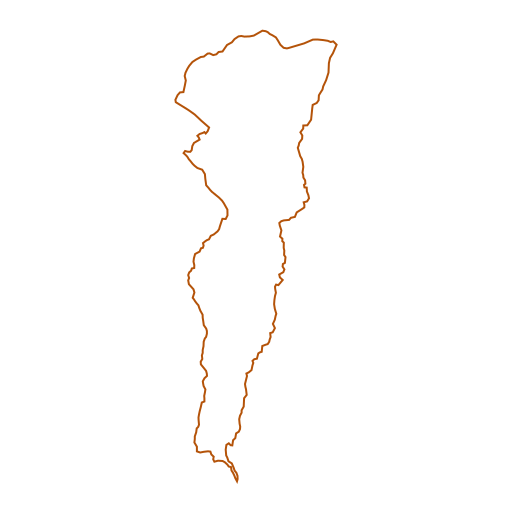 Hulha Negra, Rio Grande do Sul, Brazil (Equal Earth projection)
{"feature_id": "56859067B48560466087967", "entity_name": "Hulha Negra", "entity_type": "district", "adm_level": 2, "iso_a3": "BRA", "parent_name": "Brazil", "parent_adm1": "Rio Grande do Sul", "projection": "equal_earth", "projection_center": [-53.901, -31.514], "detail": "fine", "context": "isolated", "style": "outline", "palette": "amber", "viewbox_px": 512, "rotation_deg": 0, "n_neighbors": 0, "source": "geoboundaries", "source_scale": "gbopen_adm2", "svg_char_len": 3957}
<svg xmlns="http://www.w3.org/2000/svg" viewBox="0 0 512 512"><path d="M195.1,254.0L193.9,258.3L193.5,261.7L194.3,265.1L194.2,268.0L191.8,268.5L191.1,270.7L189.2,272.4L188.2,275.1L189.1,278.0L188.2,280.4L188.9,284.2L193.5,289.3L194.4,292.5L192.7,297.8L193.9,299.3L195.0,301.1L196.8,303.5L198.4,305.3L199.2,307.8L200.4,310.8L202.6,314.7L202.7,317.7L203.2,320.9L203.8,325.2L206.2,328.6L206.9,331.0L206.9,333.7L206.1,336.9L204.8,338.5L203.7,341.7L203.5,346.3L202.7,350.0L202.7,352.9L201.9,355.4L202.3,359.0L200.7,361.7L200.9,364.4L202.2,366.0L203.9,368.1L206.1,370.9L206.8,373.5L207.0,375.9L204.5,378.2L202.8,381.3L203.1,383.4L203.6,386.0L205.4,389.4L204.9,392.6L204.2,395.9L204.4,398.3L204.4,401.5L201.8,402.5L200.8,407.0L199.7,411.2L199.1,414.0L198.5,417.4L198.6,420.1L199.0,424.7L198.2,426.9L196.7,428.4L196.2,432.3L194.8,436.4L194.8,439.0L194.4,442.5L196.9,446.7L196.9,451.4L200.2,452.5L203.8,451.8L208.0,451.3L210.4,451.6L211.3,454.4L213.7,456.7L213.2,459.3L214.4,461.7L218.0,460.7L222.6,461.0L224.8,462.2L227.4,464.6L228.7,466.5L231.0,467.1L231.5,470.5L233.0,472.8L234.3,475.5L235.3,478.1L237.0,481.3L237.6,479.1L237.5,475.9L236.4,472.8L234.6,470.6L233.6,467.6L231.8,463.4L228.5,461.3L227.2,457.4L226.2,455.5L225.7,449.6L226.4,444.9L228.8,443.3L230.6,445.2L232.3,445.4L233.1,440.2L235.3,438.1L236.1,433.4L238.8,431.7L240.0,429.1L240.2,426.6L239.6,423.7L239.2,419.2L240.0,415.7L241.6,412.7L241.6,410.3L243.7,406.6L244.1,398.2L246.7,394.9L246.0,389.2L245.4,386.8L245.0,384.0L247.0,376.0L246.4,373.5L248.7,372.4L251.5,370.1L252.5,365.3L253.3,362.9L252.5,360.9L254.3,359.2L256.9,358.7L258.3,353.4L259.8,352.4L261.7,351.8L262.3,346.0L265.4,344.8L267.7,344.1L269.2,341.8L269.7,339.5L270.6,337.0L270.2,333.1L272.7,332.3L274.9,328.1L272.9,323.9L274.8,319.7L275.6,315.9L276.3,313.8L274.8,308.7L274.1,304.2L274.4,300.1L275.0,296.0L275.9,292.8L275.2,289.0L275.0,286.7L276.1,284.6L278.4,285.1L282.7,280.0L279.9,277.4L279.2,274.5L283.3,272.2L284.4,269.4L282.6,266.6L282.9,264.0L284.9,262.9L285.5,257.1L284.1,255.0L284.3,250.5L283.7,247.9L283.8,242.6L282.3,241.2L282.4,238.7L280.0,236.6L281.4,230.4L279.8,225.6L279.3,223.0L281.3,221.2L283.8,220.4L289.1,219.9L290.9,217.8L294.9,216.9L296.7,212.4L302.5,208.7L304.3,207.4L304.4,204.9L303.7,202.3L307.1,201.4L309.0,198.3L308.4,195.3L306.9,191.5L306.7,187.6L304.5,187.4L304.0,184.9L305.4,183.7L305.1,180.3L303.4,177.6L303.2,175.0L302.5,172.7L303.3,166.9L302.6,161.8L301.8,158.9L300.2,156.1L297.8,147.8L298.7,145.5L299.2,142.9L302.1,138.9L302.3,135.5L300.4,132.3L303.2,128.6L303.3,125.5L307.3,125.3L311.1,119.7L312.2,108.7L312.7,104.9L316.7,103.0L318.6,100.3L318.9,95.3L320.2,93.1L322.5,89.5L323.2,86.4L326.1,80.2L328.5,72.6L328.9,63.1L330.1,57.8L332.9,53.3L336.6,44.7L334.9,43.0L333.3,41.4L330.7,42.0L327.8,40.8L323.4,40.1L317.5,39.5L312.9,39.6L304.1,43.4L288.6,48.0L286.9,48.4L283.6,47.8L280.4,44.8L277.8,40.3L275.9,37.4L272.3,35.2L269.8,34.0L267.7,32.1L265.7,31.2L262.4,30.7L253.8,35.6L249.6,36.4L244.4,36.6L241.3,36.0L238.5,36.4L237.0,37.4L234.5,39.1L231.9,42.3L227.0,45.0L222.5,51.5L218.6,52.0L216.4,54.3L213.2,55.1L209.7,53.4L207.6,53.6L203.8,56.6L200.8,57.0L196.0,59.6L192.4,62.0L189.3,65.7L187.5,68.6L185.5,72.7L184.7,76.0L185.8,80.5L184.8,85.7L183.4,92.1L180.0,92.4L177.6,95.1L175.4,99.8L175.8,102.2L187.6,109.5L189.4,110.7L194.7,114.5L201.4,120.8L209.1,127.5L207.6,131.3L205.7,133.5L204.4,132.1L202.7,133.0L199.6,134.0L197.4,135.8L198.8,137.5L199.6,139.6L194.0,142.9L192.3,146.1L191.7,150.1L190.3,151.8L187.7,151.7L185.1,151.0L183.6,153.1L185.7,155.0L187.3,156.7L188.9,159.3L190.4,161.0L192.6,163.8L194.5,165.7L197.4,168.0L202.2,169.7L204.9,174.1L205.3,178.7L206.2,185.3L208.3,187.6L210.1,189.9L212.0,191.9L218.9,197.5L222.1,200.7L223.8,203.2L227.4,209.6L227.5,215.4L225.7,219.0L222.4,218.8L219.9,226.3L219.1,229.2L217.6,231.3L213.7,234.5L210.8,235.8L209.0,239.3L206.8,240.2L205.2,241.3L203.0,243.1L203.6,245.6L202.9,247.8L201.0,248.3L199.6,251.6L195.1,254.0Z" fill="none" stroke="#b45309" stroke-width="2"/></svg>